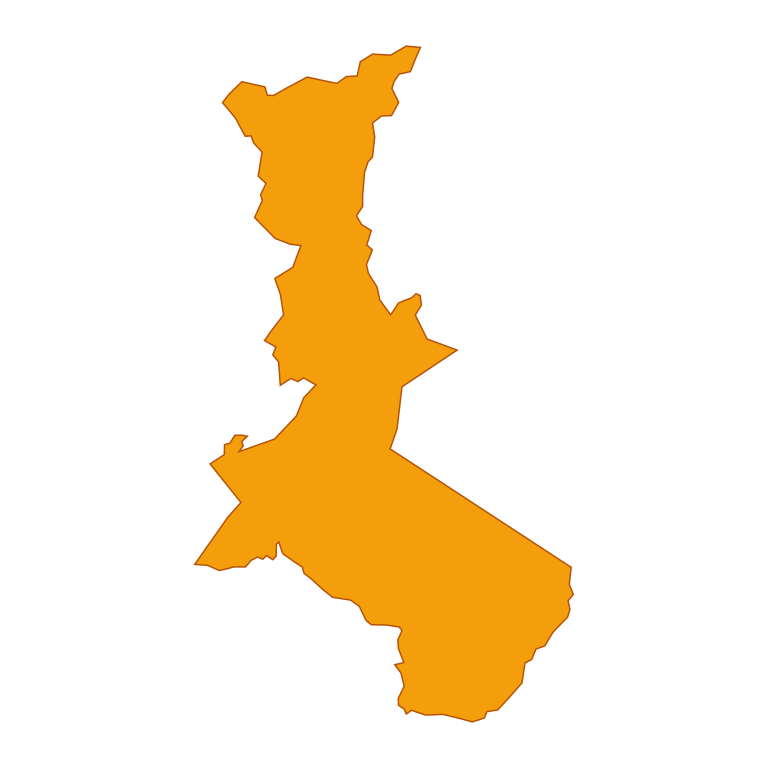 Karauzyak, Karakalpakstan, Uzbekistan (Equal Earth projection)
{"feature_id": "79887680B51354655878923", "entity_name": "Karauzyak", "entity_type": "district", "adm_level": 2, "iso_a3": "UZB", "parent_name": "Uzbekistan", "parent_adm1": "Karakalpakstan", "projection": "equal_earth", "projection_center": [60.083, 42.694], "detail": "fine", "context": "isolated", "style": "filled", "palette": "amber", "viewbox_px": 768, "rotation_deg": 0, "n_neighbors": 0, "source": "geoboundaries", "source_scale": "gbopen_adm2", "svg_char_len": 1982}
<svg xmlns="http://www.w3.org/2000/svg" viewBox="0 0 768 768"><path d="M420.4,47.4L406.2,46.1L390.7,55.1L372.6,54.1L360.3,61.7L357.2,76.0L346.5,76.5L336.9,83.4L322.0,80.3L307.1,77.1L287.0,87.8L273.5,95.5L267.4,95.2L264.9,86.9L241.9,81.7L229.3,93.9L222.5,102.6L235.4,118.0L245.2,136.2L251.1,135.9L253.6,142.9L262.1,152.1L258.2,176.1L266.0,183.5L260.6,194.7L262.3,200.4L254.6,217.6L275.2,238.5L290.2,244.2L300.9,245.6L292.8,267.3L274.8,278.5L280.4,294.4L283.6,314.9L270.6,331.7L264.5,340.6L275.9,347.0L272.8,354.8L278.6,362.1L280.3,385.3L290.9,378.5L297.9,381.6L303.7,377.9L315.9,384.9L303.8,397.7L296.3,416.1L274.5,439.1L238.9,451.7L243.2,445.9L241.8,441.5L247.3,436.3L242.4,435.2L234.9,435.2L229.9,443.2L224.5,444.7L224.3,454.6L210.1,463.9L240.9,502.5L227.9,517.1L194.7,564.4L207.7,565.4L219.3,570.5L228.8,568.4L233.3,566.9L245.5,566.9L251.3,560.2L257.6,557.1L262.8,559.2L266.5,555.6L272.8,559.7L276.2,556.1L276.4,544.2L278.8,542.0L282.8,553.7L295.4,562.6L302.4,567.1L304.0,573.2L311.8,579.4L322.9,589.6L332.5,597.3L350.6,600.1L359.3,606.3L366.0,620.4L371.2,624.7L387.1,625.1L399.3,627.0L402.0,630.6L397.9,639.9L398.4,648.5L403.8,662.6L394.7,664.7L401.0,673.1L404.2,686.1L398.2,698.7L398.6,705.3L404.2,709.1L406.2,714.0L411.5,710.3L425.6,715.1L442.8,714.4L459.6,718.4L472.2,721.9L484.4,718.0L486.8,711.7L497.8,709.9L510.2,696.4L521.9,683.0L525.0,663.1L531.7,659.4L536.0,649.0L544.8,645.9L553.1,632.0L567.6,617.1L569.9,609.5L568.1,600.8L573.3,594.4L569.3,584.4L569.8,579.6L571.2,567.3L390.1,448.9L397.0,429.2L402.0,386.8L457.1,350.1L427.2,339.1L415.3,315.1L421.4,305.1L420.2,295.5L416.1,293.7L411.6,297.8L398.6,302.9L390.7,314.9L379.8,299.9L377.1,287.1L368.4,273.3L366.5,264.4L372.4,249.9L366.8,245.0L371.3,230.6L361.6,224.6L356.5,215.8L362.6,206.5L362.6,195.5L364.6,172.2L368.1,161.8L372.5,157.0L374.7,137.0L372.5,122.9L381.5,116.0L391.5,115.6L398.7,102.4L391.9,88.5L394.2,81.4L399.1,74.1L410.4,71.6L415.6,58.5L420.4,47.4Z" fill="#f59e0b" stroke="#b45309" stroke-width="1.5"/></svg>